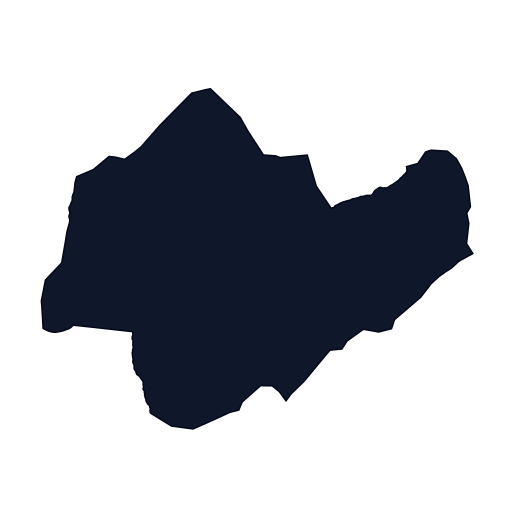 outline of Manxan, Hovd, Mongolia, rotated 267°
{"feature_id": "93677404B19560479814297", "entity_name": "Manxan", "entity_type": "district", "adm_level": 2, "iso_a3": "MNG", "parent_name": "Mongolia", "parent_adm1": "Hovd", "projection": "mercator", "projection_center": [92.211, 47.361], "detail": "fine", "context": "isolated", "style": "filled", "palette": "ink", "viewbox_px": 512, "rotation_deg": 267, "n_neighbors": 0, "source": "geoboundaries", "source_scale": "gbopen_adm2", "svg_char_len": 3696}
<svg xmlns="http://www.w3.org/2000/svg" viewBox="0 0 512 512"><g transform="rotate(267 256 256)"><path d="M104.1,143.1L90.6,162.7L86.6,184.1L92.1,198.6L101.2,221.6L103.0,230.7L110.9,234.5L126.3,253.8L125.5,265.4L119.4,272.1L109.8,278.4L116.1,283.5L128.5,297.6L147.0,314.6L158.1,324.9L158.6,336.9L166.3,342.4L177.2,359.4L173.7,374.6L176.3,387.5L185.2,391.0L206.2,418.3L219.2,429.5L225.9,437.6L230.1,444.1L233.6,450.4L240.3,458.5L244.3,466.8L247.1,472.7L257.3,466.9L277.3,470.2L287.8,468.7L293.9,472.7L315.2,471.5L324.1,468.9L332.5,466.1L342.5,461.3L350.7,452.6L352.5,436.5L351.1,430.9L343.0,424.8L339.9,422.5L337.4,411.0L336.6,411.2L336.2,411.1L335.6,411.1L335.3,411.1L334.8,411.2L334.2,411.2L332.7,411.1L332.3,411.0L332.2,410.9L332.0,410.7L331.8,410.6L331.3,410.1L330.8,409.7L330.1,409.0L329.6,408.2L327.4,406.1L326.2,404.2L324.6,402.9L322.7,400.1L320.3,396.3L320.0,395.7L319.7,394.8L319.0,393.4L318.2,392.4L317.6,391.1L317.1,389.5L317.2,388.8L317.4,388.0L317.2,387.4L317.3,386.5L317.4,385.7L317.7,385.0L318.0,384.2L318.1,383.5L317.9,382.7L317.2,381.5L315.4,378.5L314.9,378.0L313.4,376.8L312.2,376.1L311.2,375.3L310.8,374.5L310.6,373.5L310.6,372.1L310.7,370.8L310.7,370.0L310.7,369.5L310.7,368.7L310.3,368.0L310.2,367.2L310.1,366.0L309.8,365.3L310.0,363.6L309.8,363.2L309.2,362.0L308.8,361.2L308.7,359.5L308.3,358.3L308.1,356.5L308.0,355.1L307.6,354.4L307.1,353.4L306.8,352.8L306.7,351.4L306.6,350.8L306.3,350.2L306.2,349.2L306.0,348.1L305.5,347.2L305.5,346.2L305.2,345.3L304.6,343.7L304.0,342.0L303.3,340.8L302.9,340.0L302.5,338.8L302.1,337.7L301.8,337.4L301.1,337.0L300.7,336.7L300.4,336.2L300.3,335.6L300.1,335.0L299.9,334.5L300.0,334.0L299.8,333.5L322.7,319.8L354.1,312.5L353.0,285.3L355.0,280.9L356.5,268.7L381.5,254.3L395.2,247.5L425.4,219.2L424.7,214.3L422.0,200.3L391.4,166.8L371.0,147.0L366.0,140.1L359.4,129.9L362.1,120.7L363.1,114.5L350.8,98.1L344.6,81.1L339.0,79.2L329.9,77.7L329.4,77.5L327.9,76.9L326.4,76.2L324.7,75.6L322.2,75.5L320.3,75.1L318.6,74.0L316.7,73.3L315.5,72.5L314.6,71.9L313.5,71.7L312.4,71.7L310.7,72.0L309.2,72.4L308.1,72.3L306.4,71.5L305.3,71.3L304.4,71.3L303.0,71.8L300.4,71.8L298.6,71.3L289.8,68.4L282.1,66.8L259.3,61.6L243.1,44.5L222.4,39.3L216.5,39.5L204.6,39.6L194.9,39.6L193.6,41.7L192.1,44.5L190.7,48.6L190.3,51.5L190.5,54.0L190.9,56.6L191.2,58.5L191.9,61.1L192.8,64.0L193.6,66.1L194.3,67.3L195.2,68.4L196.5,69.9L194.7,81.1L191.8,99.0L186.9,128.8L186.4,128.9L185.8,128.9L184.9,128.9L184.0,129.0L183.4,128.8L182.5,128.4L181.5,128.1L180.9,128.1L180.0,128.0L179.5,128.0L178.7,128.5L178.3,128.6L177.7,128.8L177.2,128.8L176.3,128.5L175.7,128.5L174.8,128.5L173.7,128.4L172.6,128.4L172.1,128.6L171.6,128.7L171.0,128.7L170.6,128.5L169.8,128.2L168.2,127.8L167.0,127.7L166.2,127.4L165.5,127.3L164.3,127.4L163.4,127.4L162.7,127.5L161.9,127.5L160.8,127.6L159.6,127.8L159.1,127.8L158.3,127.7L157.0,127.4L155.9,127.6L155.4,127.7L154.7,128.0L153.3,128.6L151.9,128.5L150.7,128.4L149.9,128.4L149.0,128.6L147.9,129.4L146.8,130.1L145.6,130.2L144.3,130.6L143.7,131.1L142.3,132.9L141.7,133.4L139.1,135.0L137.8,135.9L136.4,136.6L135.3,136.7L133.8,136.5L132.9,136.6L131.8,136.8L130.7,136.7L129.9,136.5L129.2,136.2L128.9,136.2L128.4,136.5L127.8,136.9L127.1,137.5L126.3,137.4L125.7,137.3L125.0,137.5L124.4,137.6L123.8,137.7L123.4,137.5L123.0,137.5L122.5,137.5L121.9,137.7L121.4,137.8L120.8,137.8L120.4,137.9L119.8,138.1L118.9,138.5L118.0,138.5L117.3,138.6L116.7,138.8L116.1,138.9L115.7,139.0L114.7,139.7L114.5,139.9L114.0,140.1L113.6,140.3L112.8,141.3L112.1,141.8L111.6,141.9L110.6,141.9L110.2,142.0L109.8,142.2L108.9,142.5L108.2,142.3L107.2,142.0L106.6,142.1L106.1,142.2L105.7,142.1L105.1,142.2L104.5,142.7L104.1,143.1Z" fill="#0f172a" stroke="#020617" stroke-width="1.5"/></g></svg>